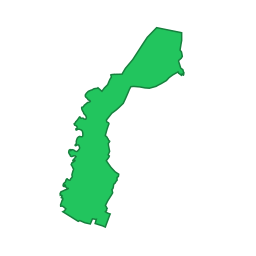 Auyo, Jigawa, Nigeria, rotated 315°
{"feature_id": "59680162B19523503473687", "entity_name": "Auyo", "entity_type": "district", "adm_level": 2, "iso_a3": "NGA", "parent_name": "Nigeria", "parent_adm1": "Jigawa", "projection": "mercator", "projection_center": [9.962, 12.332], "detail": "fine", "context": "isolated", "style": "filled", "palette": "green", "viewbox_px": 256, "rotation_deg": 315, "n_neighbors": 0, "source": "geoboundaries", "source_scale": "gbopen_adm2", "svg_char_len": 5588}
<svg xmlns="http://www.w3.org/2000/svg" viewBox="0 0 256 256"><g transform="rotate(315 128 128)"><path d="M41.9,182.0L45.3,180.4L53.8,176.5L54.6,176.2L53.4,173.8L53.1,172.4L52.9,171.5L52.8,171.2L53.2,171.1L54.3,171.2L54.5,171.2L55.0,170.8L55.3,170.6L55.7,170.2L55.8,170.0L56.4,170.1L57.3,166.8L62.3,165.1L69.1,163.6L71.3,163.0L73.2,160.1L74.4,160.2L76.0,159.3L77.2,158.3L78.2,157.7L80.2,157.8L81.6,157.3L83.4,157.2L84.3,156.2L85.4,155.2L86.9,155.5L88.8,154.1L87.9,150.0L88.1,143.8L89.5,135.8L93.6,135.2L95.0,134.6L95.0,134.2L94.9,133.8L94.9,133.4L95.0,133.2L95.0,132.9L98.5,131.5L101.8,126.6L103.1,125.0L103.9,124.8L104.5,124.8L105.6,124.5L105.7,124.4L105.7,124.0L105.6,123.7L105.6,123.0L105.9,122.3L106.0,122.2L106.1,121.9L106.1,121.6L106.2,121.3L106.3,120.5L106.6,120.0L106.7,119.1L106.7,118.4L106.5,118.0L106.5,117.4L107.6,116.7L111.8,114.3L115.8,112.3L117.1,111.8L117.7,111.3L117.9,110.5L117.4,109.1L117.4,108.6L118.3,107.1L127.0,106.1L132.5,106.9L136.3,107.1L142.1,107.2L147.3,105.3L152.4,103.3L156.5,101.6L159.3,100.8L161.5,102.7L165.4,107.3L168.4,111.7L171.3,115.0L177.3,118.4L179.9,119.1L182.9,120.1L188.7,121.6L192.6,121.4L197.2,122.1L203.0,123.7L202.5,125.1L202.8,126.1L202.8,126.7L202.9,127.4L203.2,127.7L203.0,127.9L203.0,128.5L203.5,128.5L204.2,128.1L204.5,128.1L204.8,128.5L204.7,128.9L204.4,129.4L204.6,129.8L205.1,129.6L206.2,128.7L206.5,128.6L206.4,128.2L207.1,127.3L207.2,126.9L207.5,126.5L207.6,126.2L207.9,125.9L208.0,125.2L207.6,123.0L210.8,116.9L211.1,116.4L211.7,116.1L214.9,116.3L217.0,115.8L218.3,114.0L219.6,112.0L219.9,109.7L224.6,106.3L227.8,104.1L233.3,98.6L219.2,77.3L205.8,77.5L197.9,79.1L179.7,83.0L168.3,84.0L161.8,85.7L157.1,81.2L156.9,81.1L156.2,80.2L155.5,79.8L155.0,79.3L154.1,78.6L153.4,78.3L152.2,80.3L150.9,80.5L148.9,81.1L144.2,83.0L139.5,83.0L135.5,83.6L135.2,78.3L134.9,78.3L134.5,78.3L134.3,78.2L134.1,78.0L133.3,77.3L132.2,76.6L132.0,76.3L130.7,75.9L129.8,75.7L129.3,75.5L128.9,75.2L125.9,74.0L123.2,74.0L122.3,74.2L121.5,74.3L121.2,74.6L120.9,74.7L120.5,75.2L120.1,75.7L120.0,76.2L120.1,78.2L119.9,79.4L119.8,79.8L119.9,80.1L120.1,80.9L120.4,81.3L120.4,81.7L120.4,82.1L120.2,82.5L119.9,82.5L119.4,82.5L118.9,82.2L118.4,82.1L117.6,81.5L117.2,81.3L116.9,81.3L116.7,81.4L116.4,81.4L116.0,81.3L115.0,81.2L113.2,81.0L112.1,81.3L111.2,81.4L110.8,81.2L110.5,81.0L110.2,80.7L109.9,80.7L109.5,80.9L109.2,81.3L109.0,81.6L108.5,82.4L108.0,83.7L107.8,84.6L107.7,85.1L107.0,86.6L106.9,87.2L106.9,88.9L106.7,89.7L106.4,90.5L106.0,91.1L105.5,91.5L104.9,91.7L104.4,91.9L103.9,91.6L103.6,91.0L103.2,90.2L103.2,89.9L103.2,89.3L102.8,88.9L102.1,88.3L101.7,88.1L101.5,87.8L101.7,86.9L101.8,86.5L101.8,86.1L101.5,85.9L100.9,86.0L100.0,86.2L97.3,86.6L96.1,86.7L95.7,86.6L95.2,86.7L94.8,86.9L94.3,87.1L94.0,87.1L93.2,86.9L92.8,87.0L92.7,87.4L92.4,88.0L92.4,88.5L92.6,88.8L92.8,89.5L93.0,90.1L92.9,90.5L92.7,91.3L92.4,91.6L92.2,91.9L91.0,92.1L90.7,91.8L90.1,92.2L89.9,92.5L90.0,92.9L90.2,93.0L90.6,93.2L91.5,93.4L91.8,93.6L92.3,94.0L92.7,94.4L92.9,94.9L93.3,95.9L93.4,96.2L93.6,96.5L93.6,97.3L93.3,98.2L92.8,99.1L92.3,99.8L91.8,100.3L91.4,100.8L91.2,101.0L90.7,101.4L89.9,101.8L89.6,101.8L89.4,101.7L88.7,101.1L88.1,100.2L87.9,99.8L86.9,99.4L86.4,99.3L85.6,99.3L85.1,99.3L84.6,99.5L84.1,99.7L83.1,100.2L82.7,100.4L81.7,101.1L81.5,101.4L81.3,101.7L81.0,101.9L80.5,102.4L80.3,102.5L79.8,102.6L79.3,102.5L79.1,102.5L78.6,102.7L78.4,102.8L78.4,103.0L78.3,103.3L78.4,103.5L78.7,103.7L79.0,103.8L79.3,103.8L79.7,103.9L80.0,104.1L80.5,104.5L80.8,104.7L80.9,104.9L81.0,105.2L81.0,105.4L80.9,105.8L80.7,106.2L80.5,106.5L80.3,107.0L80.1,107.5L79.1,108.3L78.8,108.4L78.3,108.5L76.8,108.6L75.9,108.6L75.3,108.5L74.7,107.9L74.2,106.6L74.1,105.4L73.4,104.1L72.8,103.5L71.9,103.7L71.5,103.5L71.9,102.5L71.7,102.3L70.5,102.1L69.8,102.6L69.0,103.1L68.5,103.9L68.1,105.1L68.1,106.1L67.7,106.5L67.5,107.2L67.7,107.9L68.1,108.5L68.7,108.7L69.3,109.1L69.9,109.2L70.6,110.0L71.0,110.5L71.0,111.5L70.1,111.6L69.0,111.6L67.5,111.8L66.5,111.8L65.8,112.1L65.7,112.8L66.2,112.8L66.3,112.3L66.6,112.3L67.1,112.6L67.1,113.1L67.5,113.0L67.6,113.4L67.1,113.7L64.9,113.4L63.8,113.0L63.3,113.1L62.8,113.4L62.0,113.6L61.8,113.9L61.5,115.5L61.2,116.4L60.8,117.1L60.7,117.5L60.8,118.1L60.3,118.7L59.8,119.0L58.6,119.5L55.4,121.3L54.8,122.0L54.3,122.9L53.0,123.4L52.5,123.3L51.5,123.4L50.5,123.9L50.2,123.9L49.8,123.7L49.6,123.4L49.4,123.0L49.1,122.2L49.0,121.6L49.1,121.0L48.9,120.8L48.6,120.7L48.2,120.7L47.3,121.0L46.3,121.5L46.1,121.7L45.8,121.8L45.3,121.9L44.6,121.8L43.0,121.8L42.6,122.1L42.2,122.3L41.8,122.4L41.5,122.7L41.3,123.0L41.3,123.3L41.1,123.6L41.3,124.1L41.5,124.4L41.8,124.5L42.1,124.6L42.3,124.4L42.2,123.9L42.4,123.6L42.7,123.4L43.0,123.5L43.2,123.8L43.2,124.2L43.0,124.5L42.3,125.2L42.2,125.5L42.3,126.0L42.4,126.3L42.3,126.6L42.2,127.0L42.3,127.4L42.3,127.7L42.5,128.0L42.9,128.1L43.0,128.4L42.9,128.5L42.4,128.4L41.8,128.3L41.1,128.0L39.9,127.4L39.3,127.1L38.5,126.9L35.4,125.7L35.1,125.8L34.8,126.1L34.4,126.2L34.1,126.1L33.8,126.2L33.2,126.9L32.9,127.2L32.6,127.6L32.9,127.7L33.2,128.0L33.4,128.6L33.5,129.0L33.4,129.3L33.2,129.4L32.8,129.3L32.7,129.5L32.5,129.9L32.2,130.1L31.8,130.0L31.5,130.1L31.5,130.3L31.8,130.5L32.0,130.5L32.2,130.8L32.2,131.6L31.9,131.9L31.6,132.1L31.3,132.3L31.1,132.3L31.1,132.6L30.9,132.7L30.6,132.7L29.9,132.7L28.0,133.7L26.2,134.5L25.8,134.9L25.5,135.2L25.1,135.7L26.3,136.7L26.5,137.3L26.7,138.4L26.9,141.2L26.2,141.3L24.5,141.7L23.5,141.3L22.7,141.1L26.8,158.8L28.5,159.4L30.5,164.5L33.5,169.2L38.6,167.1L40.1,169.0L40.2,169.4L40.4,169.8L41.0,170.2L37.2,172.3L40.8,179.2L41.9,182.0Z" fill="#22c55e" stroke="#15803d" stroke-width="1.5"/></g></svg>